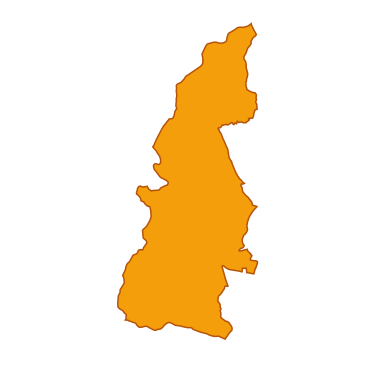 Copsa Mica, Sibiu, Romania (Albers equal-area conic projection), rotated 257°
{"feature_id": "2599482B61193190522325", "entity_name": "Copsa Mica", "entity_type": "district", "adm_level": 2, "iso_a3": "ROU", "parent_name": "Romania", "parent_adm1": "Sibiu", "projection": "albers", "projection_center": [24.264, 46.118], "detail": "fine", "context": "isolated", "style": "filled", "palette": "amber", "viewbox_px": 384, "rotation_deg": 257, "n_neighbors": 0, "source": "geoboundaries", "source_scale": "gbopen_adm2", "svg_char_len": 6039}
<svg xmlns="http://www.w3.org/2000/svg" viewBox="0 0 384 384"><g transform="rotate(257 192 192)"><path d="M342.8,287.5L342.5,287.1L341.6,285.2L341.3,284.2L341.1,283.6L340.9,280.2L341.1,278.1L341.8,276.0L341.9,273.3L340.6,270.4L338.6,264.0L338.2,263.3L337.6,262.7L335.4,261.3L331.4,259.5L331.0,259.1L330.5,257.3L330.3,256.3L330.4,254.2L331.1,251.7L331.6,250.7L332.3,249.9L333.0,247.1L333.0,245.8L332.9,242.7L332.8,240.9L332.6,239.9L331.1,238.3L328.1,235.8L324.1,232.8L318.9,232.5L314.9,231.4L312.8,229.2L312.3,228.1L307.9,216.9L306.2,212.3L305.6,211.4L304.1,210.1L301.2,205.8L300.6,202.8L300.1,201.5L299.8,201.1L299.0,200.6L296.7,200.3L294.0,199.4L289.3,198.9L286.1,197.5L284.9,197.4L279.7,195.7L276.6,195.9L275.8,194.8L273.9,193.2L272.3,192.6L271.0,192.0L268.5,190.2L268.3,189.9L267.9,188.6L268.3,186.2L267.8,185.5L267.4,185.3L266.1,183.3L264.8,182.0L263.0,179.5L260.8,177.3L251.0,168.9L249.9,168.3L248.7,167.2L245.9,165.2L244.8,163.9L240.9,165.9L240.2,166.4L237.9,167.0L234.5,168.4L231.8,168.7L230.3,168.6L228.0,168.1L227.3,167.7L226.4,166.5L226.3,165.8L226.4,165.3L227.5,163.5L227.8,162.3L227.7,161.9L226.7,160.6L225.4,160.2L222.5,160.3L219.1,162.1L214.3,164.0L213.3,164.7L212.2,165.9L209.2,169.5L207.8,170.5L207.0,170.9L206.4,170.9L205.4,170.5L204.3,169.2L204.1,166.9L203.9,165.9L203.3,164.1L203.3,163.3L202.9,162.3L201.5,160.7L201.4,160.5L201.5,158.7L202.2,154.5L202.2,152.5L203.1,151.8L204.2,150.7L207.7,149.5L207.8,146.0L208.1,144.7L209.5,143.0L209.2,141.4L208.4,140.2L203.9,137.8L202.5,137.5L202.1,137.8L201.5,138.5L198.8,140.0L196.5,140.5L195.0,140.3L194.3,141.1L193.5,142.4L193.1,142.7L190.4,143.9L188.2,145.5L187.9,145.9L187.5,147.2L187.1,147.6L182.4,147.6L179.8,147.0L178.0,146.9L176.8,146.4L173.6,144.5L169.3,140.5L168.2,139.1L166.3,135.7L165.8,135.2L160.4,134.4L157.9,134.2L156.0,135.7L154.9,136.3L153.5,136.7L152.8,136.6L152.1,136.1L148.6,132.2L147.4,131.6L146.8,131.1L146.7,130.5L147.4,129.2L147.4,126.9L147.0,126.5L145.1,125.3L144.6,124.7L144.2,123.8L143.9,121.3L143.5,120.1L140.2,117.3L138.3,115.5L137.2,113.6L136.2,112.3L133.9,110.7L132.2,110.1L129.7,108.5L127.4,106.5L126.3,105.8L122.9,106.2L119.4,105.7L118.6,105.4L117.5,104.5L112.9,100.0L112.2,99.7L110.9,99.5L110.3,99.2L108.4,97.8L108.0,97.2L105.8,96.3L102.9,95.5L101.3,94.9L96.9,94.0L96.4,94.1L94.0,95.5L92.7,97.2L91.8,97.9L89.1,99.0L87.9,100.1L87.0,100.5L85.6,99.7L83.5,99.4L82.3,98.2L81.5,100.7L80.4,101.8L80.0,102.5L79.8,103.1L78.7,104.6L77.0,107.3L75.9,108.0L74.3,108.5L72.3,109.9L72.0,110.5L71.8,111.1L71.6,113.0L71.7,115.4L71.5,117.0L71.3,117.8L71.0,118.3L69.6,119.6L66.1,123.8L65.7,124.4L65.5,125.0L65.5,126.2L65.8,127.3L65.8,128.6L65.6,128.8L65.7,131.0L67.0,133.4L68.6,135.3L69.1,136.5L69.8,138.1L70.1,139.9L70.0,140.7L67.8,143.7L65.9,145.6L64.5,149.5L61.3,156.0L60.7,157.6L60.4,159.1L59.8,161.0L58.3,161.9L57.1,163.4L53.3,169.1L50.7,174.4L49.1,176.2L47.3,179.1L46.2,181.6L45.8,183.4L45.8,184.6L45.5,185.4L44.7,186.6L41.2,191.2L42.0,191.8L44.0,194.3L45.7,195.9L48.2,199.5L48.7,199.9L49.6,200.3L50.8,200.4L52.2,200.3L56.8,198.4L58.1,196.9L58.2,196.4L58.5,195.8L61.7,193.0L63.8,191.8L66.2,192.6L68.1,192.9L69.7,192.7L70.1,192.8L71.3,193.8L71.9,194.0L73.6,193.5L74.2,193.8L75.2,193.8L76.3,194.1L77.7,193.5L78.5,193.4L79.4,192.6L83.1,193.6L84.4,194.4L85.1,195.0L85.4,196.1L87.9,199.2L89.1,200.1L90.4,201.7L92.6,202.8L92.8,203.3L92.8,203.8L92.4,204.4L92.2,205.1L92.2,205.9L99.1,205.1L112.9,204.5L113.3,205.7L113.1,206.1L112.7,206.3L110.3,208.2L109.1,209.5L108.1,210.9L103.7,221.6L103.4,221.7L103.0,222.8L106.3,224.0L106.2,224.1L105.9,225.5L105.7,227.6L105.4,227.7L101.1,227.2L100.4,229.1L98.3,233.8L103.3,236.5L103.2,236.7L103.5,237.0L106.9,239.1L108.5,239.9L109.5,240.0L110.3,239.2L110.9,237.8L111.2,236.4L112.2,234.4L112.4,233.7L112.5,233.6L113.7,233.9L114.6,234.4L116.5,236.1L118.1,235.0L118.4,235.4L121.4,233.3L122.6,233.0L123.7,233.0L123.7,229.2L123.5,227.5L123.7,225.8L123.9,224.8L124.2,224.6L124.4,225.0L125.1,225.3L125.3,225.5L126.0,226.7L126.0,228.0L126.9,229.9L127.7,230.6L128.2,230.8L128.6,230.7L129.1,230.2L131.0,229.8L133.3,230.0L135.4,230.7L137.4,232.2L138.0,232.5L138.9,233.6L138.9,234.2L139.5,235.0L141.1,236.6L143.0,237.7L146.3,237.8L147.7,238.1L148.4,238.6L150.5,239.4L151.9,240.4L153.4,241.1L156.4,243.6L159.7,247.1L161.5,249.5L162.7,251.5L163.3,252.0L164.9,249.2L165.8,247.9L166.0,247.8L167.7,248.1L168.4,248.0L169.1,247.6L170.0,247.5L172.7,246.0L174.1,245.6L174.6,245.0L175.8,244.4L176.6,243.6L180.6,241.6L182.6,241.5L184.0,241.8L185.6,241.6L186.5,241.2L187.1,241.1L188.2,241.7L188.6,241.6L188.7,242.2L188.3,243.1L188.4,244.4L188.6,245.0L190.7,243.3L192.9,242.4L194.4,241.1L195.7,240.9L197.0,240.2L201.9,238.9L209.6,237.6L212.3,237.4L212.2,237.3L217.2,235.9L225.2,236.4L234.2,234.8L236.6,234.2L238.7,234.0L242.4,233.4L243.4,233.1L244.7,232.4L246.5,232.3L247.2,231.8L247.9,231.7L248.3,231.8L248.6,232.3L248.2,233.4L248.4,234.2L248.7,234.8L249.4,235.5L249.7,236.1L250.4,236.5L250.3,237.1L250.0,237.7L250.3,238.5L250.0,239.4L250.3,240.4L249.4,241.4L249.3,241.8L250.0,244.5L250.8,246.3L250.7,246.6L248.7,247.4L248.3,247.8L248.3,248.1L249.5,249.2L248.5,250.8L250.6,252.1L249.3,253.1L249.1,255.7L248.7,256.7L247.9,257.5L247.6,258.5L247.8,258.8L247.4,260.2L247.4,260.4L248.0,261.0L248.4,262.3L249.4,264.1L249.7,264.2L250.6,263.5L250.9,263.7L250.7,264.2L250.9,265.2L250.3,266.9L250.4,267.8L253.0,269.4L254.8,270.0L255.5,270.4L256.3,271.1L257.4,271.4L257.6,271.7L258.0,272.7L257.9,274.0L258.4,274.0L259.0,274.3L260.1,274.2L262.7,274.9L264.8,274.4L265.9,274.4L267.4,275.7L268.8,275.5L272.2,276.6L274.2,275.9L274.7,275.2L275.1,274.3L275.0,274.2L275.9,272.5L277.5,270.6L278.3,269.9L279.2,268.6L280.8,268.7L282.5,268.4L286.5,269.1L287.6,269.9L290.2,270.7L291.8,271.9L293.2,272.3L294.5,272.9L301.6,272.8L303.6,273.4L306.8,273.6L307.5,273.5L309.1,272.7L310.9,272.7L311.5,272.8L312.6,273.4L315.0,275.7L316.4,276.7L317.7,277.3L319.7,278.8L322.2,282.1L323.8,283.2L325.3,283.3L326.2,284.0L328.5,286.2L329.1,287.2L329.8,289.1L330.8,290.0L332.1,289.9L336.2,288.6L337.6,288.4L340.4,287.6L342.8,287.5Z" fill="#f59e0b" stroke="#b45309" stroke-width="1.5"/></g></svg>